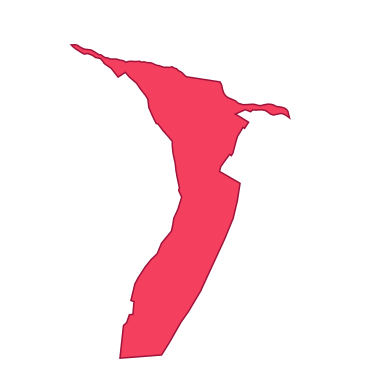 the district of Junín, Mendoza, Argentina, rotated 84°
{"feature_id": "61730980B95365862986383", "entity_name": "Junín", "entity_type": "district", "adm_level": 2, "iso_a3": "ARG", "parent_name": "Argentina", "parent_adm1": "Mendoza", "projection": "albers", "projection_center": [-68.566, -33.138], "detail": "fine", "context": "isolated", "style": "filled", "palette": "rose", "viewbox_px": 384, "rotation_deg": 84, "n_neighbors": 0, "source": "geoboundaries", "source_scale": "gbopen_adm2", "svg_char_len": 2105}
<svg xmlns="http://www.w3.org/2000/svg" viewBox="0 0 384 384"><g transform="rotate(84 192 192)"><path d="M350.9,239.3L339.5,230.4L320.2,216.5L310.7,208.2L291.6,193.9L279.1,186.5L262.7,176.7L241.7,164.2L222.4,153.8L205.1,147.7L201.2,146.7L188.4,143.3L174.4,162.5L169.5,160.6L158.5,150.7L160.0,149.1L157.3,147.1L154.8,146.2L143.6,141.9L141.4,140.9L133.0,134.5L134.2,133.0L128.5,128.4L119.0,140.7L115.7,130.4L118.3,125.3L116.7,123.1L117.2,120.0L117.4,116.5L117.5,114.3L118.5,110.8L119.9,108.8L121.5,107.1L122.9,105.5L124.0,102.8L123.6,99.6L123.2,95.7L123.6,93.7L125.5,90.5L128.5,87.3L124.3,87.9L122.2,88.1L119.8,89.3L118.3,91.1L117.3,93.3L116.6,95.6L116.2,97.7L115.2,100.1L113.9,101.9L113.0,104.4L112.5,107.8L112.9,112.2L113.3,114.2L112.9,116.8L111.7,119.8L111.1,121.9L110.9,124.7L110.8,128.4L110.5,132.2L108.6,136.6L107.3,138.0L105.8,139.4L103.5,143.4L101.9,146.4L99.8,148.5L97.4,149.9L95.1,150.5L92.5,151.0L89.8,151.2L87.6,151.7L85.5,152.6L76.8,185.6L75.2,187.2L73.1,188.7L71.1,190.8L70.2,192.5L67.8,194.5L66.6,197.3L65.4,198.6L65.7,201.4L65.3,203.9L65.0,207.1L62.9,211.5L62.2,214.1L61.3,215.7L60.1,217.6L59.2,219.5L58.6,223.3L57.5,226.1L57.6,228.7L56.5,230.3L56.4,233.4L56.2,235.3L55.5,239.8L55.5,242.0L56.1,244.1L54.7,245.8L53.8,247.8L53.4,249.8L52.0,252.8L51.6,255.6L51.2,259.3L50.0,261.4L49.2,264.5L47.8,266.3L46.2,268.0L45.6,270.3L41.6,275.4L40.1,277.7L38.7,284.1L37.0,287.0L35.3,289.2L34.0,290.7L33.3,293.2L33.1,296.7L34.9,295.4L37.7,292.5L42.5,286.4L43.6,284.5L43.4,281.2L45.7,276.6L48.1,274.0L49.6,269.3L53.3,266.6L55.0,265.9L60.6,259.4L70.0,253.5L66.0,245.8L71.0,242.4L78.0,235.8L84.5,232.3L91.0,228.2L95.0,226.2L103.5,226.1L111.5,223.6L120.0,220.5L121.0,218.5L128.0,214.4L133.5,210.4L139.5,206.3L144.0,206.8L151.5,206.8L162.0,205.7L169.0,205.7L176.0,205.2L186.5,204.1L189.0,205.1L196.0,202.8L207.9,207.9L213.1,211.0L216.1,212.8L222.5,214.5L228.7,216.5L239.7,227.6L249.8,233.1L254.8,239.6L261.3,246.1L271.9,254.7L277.5,258.4L293.5,264.1L295.0,261.1L307.5,263.6L307.5,267.1L315.0,270.6L317.6,274.1L349.7,281.0L350.1,268.7L350.9,239.3Z" fill="#f43f5e" stroke="#9f1239" stroke-width="1.5"/></g></svg>